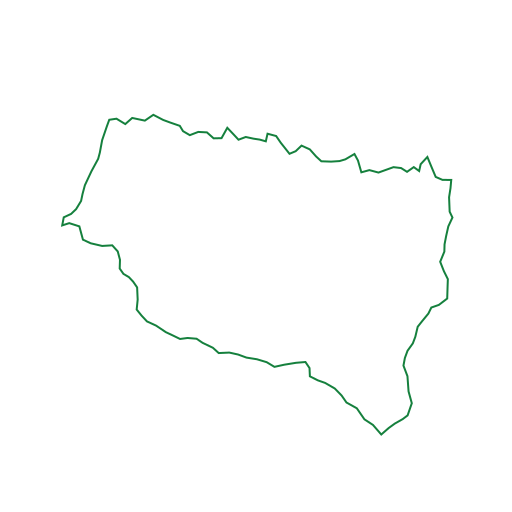 outline of São João de Iracema, São Paulo, Brazil, rotated 15°
{"feature_id": "56859067B93293493081194", "entity_name": "São João de Iracema", "entity_type": "district", "adm_level": 2, "iso_a3": "BRA", "parent_name": "Brazil", "parent_adm1": "São Paulo", "projection": "orthographic", "projection_center": [-50.356, -20.525], "detail": "fine", "context": "isolated", "style": "outline", "palette": "green", "viewbox_px": 512, "rotation_deg": 15, "n_neighbors": 0, "source": "geoboundaries", "source_scale": "gbopen_adm2", "svg_char_len": 1814}
<svg xmlns="http://www.w3.org/2000/svg" viewBox="0 0 512 512"><g transform="rotate(15 256 256)"><path d="M235.5,134.9L235.8,142.7L229.5,142.6L223.3,143.3L215.3,143.7L209.0,148.2L203.1,144.5L195.1,139.6L192.2,151.1L184.6,153.3L176.6,149.3L168.1,151.1L160.8,156.4L153.2,154.3L148.7,150.0L138.7,149.3L131.1,148.6L120.3,146.2L113.6,154.0L100.7,154.7L95.6,162.4L85.7,159.5L79.0,162.4L78.4,169.1L77.4,183.9L78.4,196.6L78.4,203.0L75.1,216.8L72.4,231.9L72.4,240.9L72.8,248.1L70.1,257.3L66.5,263.2L60.3,268.4L60.9,276.6L67.1,272.6L77.7,273.1L84.6,285.0L93.0,286.5L104.8,286.1L114.4,282.9L121.3,287.4L125.6,294.9L127.6,303.4L132.6,307.6L138.7,309.3L144.0,312.6L149.3,317.1L153.0,328.8L154.6,338.6L160.9,343.2L167.6,347.4L177.5,349.1L188.6,352.9L196.9,354.4L204.1,355.8L211.1,352.9L220.0,351.3L226.9,353.7L238.1,355.8L245.1,359.4L255.2,356.2L264.2,355.8L273.1,356.6L283.6,355.5L293.8,355.8L302.5,358.3L311.4,353.7L322.3,348.8L331.2,345.6L336.7,350.4L339.2,358.3L347.9,360.1L355.6,360.7L366.4,363.6L374.8,368.6L381.3,374.1L392.8,377.0L403.0,385.7L412.7,388.9L423.2,396.0L428.7,387.8L433.5,381.9L439.9,375.6L443.7,370.7L444.6,357.9L438.4,347.3L433.4,332.9L426.8,323.7L426.2,316.0L426.9,308.3L430.1,299.8L430.8,292.8L430.5,282.5L433.4,275.8L437.4,267.0L438.7,260.4L445.3,255.9L451.7,247.6L449.0,236.1L447.3,228.7L441.4,222.0L435.4,213.9L436.8,203.0L435.1,195.9L434.5,187.5L434.1,177.6L435.8,168.0L431.6,163.1L427.3,149.3L426.3,140.1L424.9,132.0L416.4,134.2L409.1,133.1L402.5,124.6L395.9,116.0L391.3,124.7L391.6,131.7L385.4,129.3L380.1,135.6L373.4,133.5L365.8,134.6L352.7,143.7L343.3,143.7L336.1,147.9L329.8,137.4L324.7,132.0L317.3,139.5L312.1,142.7L304.1,145.4L294.6,147.6L288.3,144.3L280.4,139.1L271.4,137.6L267.2,144.5L261.9,148.6L250.6,140.2L244.4,134.9L235.5,134.9Z" fill="none" stroke="#15803d" stroke-width="2"/></g></svg>